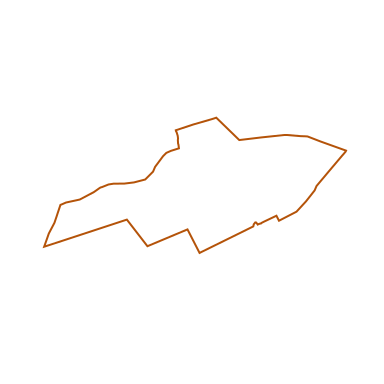 outline of Barbar, River Nile, Sudan, rotated 335°
{"feature_id": "16777658B59808076214537", "entity_name": "Barbar", "entity_type": "district", "adm_level": 2, "iso_a3": "SDN", "parent_name": "Sudan", "parent_adm1": "River Nile", "projection": "mercator", "projection_center": [33.64, 18.168], "detail": "fine", "context": "isolated", "style": "outline", "palette": "amber", "viewbox_px": 384, "rotation_deg": 335, "n_neighbors": 0, "source": "geoboundaries", "source_scale": "gbopen_adm2", "svg_char_len": 1147}
<svg xmlns="http://www.w3.org/2000/svg" viewBox="0 0 384 384"><g transform="rotate(335 192 192)"><path d="M111.5,149.3L110.3,149.3L103.1,150.6L87.1,151.4L83.5,150.6L73.4,148.3L69.4,148.2L67.3,148.1L61.7,154.0L58.8,157.1L56.3,159.7L54.4,161.7L54.3,161.8L44.7,169.1L41.2,172.7L34.9,179.1L36.4,179.3L53.6,181.4L121.3,189.5L128.7,222.3L172.1,224.0L173.1,250.4L215.4,249.5L233.0,249.1L234.3,247.4L236.5,246.3L237.2,246.7L237.6,248.2L237.8,249.3L238.8,249.2L240.0,249.4L240.5,249.4L241.1,249.7L242.0,249.4L245.0,249.3L258.5,249.2L258.7,254.8L278.4,254.0L286.9,250.5L291.3,248.7L303.8,242.4L307.4,239.2L325.0,231.0L343.2,222.6L345.5,221.6L348.3,220.3L349.1,219.6L329.8,200.5L320.2,190.5L318.6,189.6L313.9,187.2L302.4,180.6L299.6,179.3L277.8,171.8L256.8,164.9L245.4,134.9L242.6,134.6L240.4,134.3L221.3,131.3L220.3,131.2L203.4,129.2L203.2,130.0L203.3,131.4L202.8,135.0L202.0,137.5L201.1,139.0L199.8,142.4L199.8,143.1L199.4,144.4L199.2,145.1L198.6,146.9L190.3,145.8L185.3,145.7L180.9,147.3L169.2,153.6L165.3,157.1L154.9,160.9L143.5,158.8L134.3,155.8L124.4,151.3L119.5,149.9L112.3,149.5L111.5,149.3Z" fill="none" stroke="#b45309" stroke-width="2"/></g></svg>